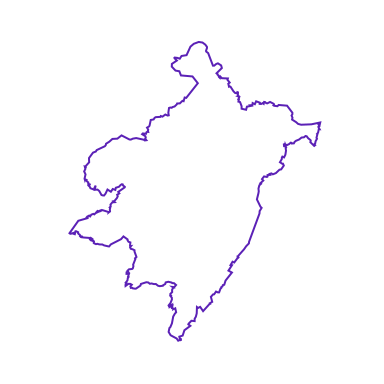 Teocuitatlán de Corona, Jalisco, Mexico, rotated 103°
{"feature_id": "50627088B4235190972494", "entity_name": "Teocuitatlán de Corona", "entity_type": "district", "adm_level": 2, "iso_a3": "MEX", "parent_name": "Mexico", "parent_adm1": "Jalisco", "projection": "natural_earth1", "projection_center": [-103.338, 20.111], "detail": "fine", "context": "isolated", "style": "outline", "palette": "violet", "viewbox_px": 384, "rotation_deg": 103, "n_neighbors": 0, "source": "geoboundaries", "source_scale": "gbopen_adm2", "svg_char_len": 6040}
<svg xmlns="http://www.w3.org/2000/svg" viewBox="0 0 384 384"><g transform="rotate(103 192 192)"><path d="M204.7,297.8L206.0,295.2L207.2,295.0L207.6,293.3L208.4,293.5L208.3,294.6L208.8,294.6L209.9,292.8L211.2,291.8L211.7,287.8L209.8,288.0L207.4,287.3L211.7,287.3L210.9,284.6L211.9,282.6L215.3,279.5L215.4,278.0L215.2,276.9L213.1,275.9L208.6,274.9L210.0,271.1L206.9,269.9L207.2,267.2L205.0,267.2L203.3,264.3L201.3,263.2L200.2,262.1L200.2,261.2L201.1,260.7L202.1,258.6L202.6,258.6L208.5,263.9L209.7,262.5L211.5,264.3L212.8,263.4L214.8,263.8L218.3,265.6L218.6,266.3L219.3,265.1L220.0,267.3L222.6,268.6L224.3,268.0L225.5,268.7L225.8,268.1L227.2,268.2L229.4,267.5L230.7,268.6L230.3,268.6L229.8,275.2L231.0,276.7L230.4,276.8L231.9,279.0L231.7,279.8L233.0,280.5L233.1,279.7L234.2,281.1L235.8,282.2L235.5,283.2L236.7,285.0L238.7,285.8L238.1,286.9L239.6,288.6L240.3,288.9L240.2,287.9L240.9,287.8L245.6,296.3L259.7,302.1L260.1,301.2L259.9,300.6L258.1,297.5L258.2,297.0L258.7,297.1L259.4,297.7L259.5,296.7L256.5,296.7L256.3,296.2L256.8,293.9L257.7,293.8L258.5,292.9L258.8,291.9L259.6,291.0L260.2,291.2L260.9,290.1L260.9,289.5L260.3,289.6L260.1,289.2L260.7,288.4L260.7,287.3L259.8,281.5L261.1,280.9L261.5,280.1L259.6,280.0L260.2,278.5L261.1,278.7L261.4,277.7L261.8,277.8L261.8,279.1L262.2,276.4L263.8,276.3L264.0,275.9L264.4,273.8L263.8,272.7L263.9,270.4L263.3,267.6L263.8,265.7L263.8,261.4L263.7,260.5L261.3,259.3L253.9,250.5L250.7,248.8L252.7,244.1L253.6,243.9L254.8,242.6L255.0,240.7L258.3,240.3L258.8,240.0L258.5,239.3L259.8,239.9L261.1,238.9L261.2,236.8L261.7,234.9L263.0,234.6L267.8,231.5L269.4,232.6L270.0,232.1L276.1,233.0L277.4,232.4L279.8,232.5L280.5,233.1L281.5,236.0L283.2,237.1L284.1,236.2L284.2,237.1L284.9,237.7L286.5,237.4L285.9,235.0L288.9,235.3L289.1,234.7L290.6,235.2L292.6,235.0L294.8,236.0L294.7,235.5L295.0,235.4L297.5,235.9L298.5,235.6L295.8,233.3L295.4,231.4L295.9,229.8L297.8,230.8L298.8,230.1L299.4,230.8L298.8,228.5L299.2,228.0L299.0,225.6L298.7,224.8L294.8,221.2L293.1,221.1L290.2,216.2L290.0,214.2L290.9,212.5L290.2,210.8L290.3,208.6L289.8,206.5L291.0,204.0L291.0,202.2L289.9,199.3L289.5,199.3L287.7,197.4L286.0,197.3L284.8,194.9L284.8,191.5L285.2,190.8L284.9,189.0L286.2,186.6L288.7,187.9L288.9,189.7L289.5,188.4L289.8,188.9L291.8,189.4L294.0,188.8L296.2,190.2L297.0,190.0L297.6,189.2L298.1,189.7L299.5,187.9L301.2,187.4L305.1,188.0L307.8,189.3L308.6,188.7L306.8,186.7L308.5,187.1L307.2,185.5L309.7,185.4L309.8,183.8L310.2,183.8L309.7,183.3L309.8,182.7L309.2,182.1L312.8,180.4L314.3,181.3L317.6,182.3L324.5,182.0L328.5,182.7L329.6,183.4L333.6,183.3L336.4,180.6L338.2,174.0L340.0,172.0L338.9,170.5L339.0,169.9L338.7,169.5L337.8,169.7L337.3,171.1L335.8,171.8L334.0,168.8L328.4,168.3L322.8,163.5L321.8,165.8L321.1,165.7L317.6,163.6L317.2,160.4L314.9,160.9L312.7,160.2L309.2,160.1L303.0,161.3L303.6,160.0L302.1,158.2L305.6,154.4L297.3,149.8L296.9,149.2L296.4,149.6L294.5,147.6L289.9,150.0L287.0,148.4L286.7,147.4L283.6,146.2L284.0,144.2L283.7,143.0L279.7,142.5L279.0,141.9L278.2,142.1L277.2,141.1L275.8,141.0L275.1,139.7L270.8,139.4L261.5,135.0L260.4,138.8L254.4,136.6L254.5,138.0L250.8,136.8L251.2,135.0L246.0,132.7L245.3,132.9L245.8,131.4L244.4,132.9L236.1,128.4L232.6,127.0L229.3,125.0L227.7,125.2L197.8,121.4L195.4,121.8L191.8,120.6L190.9,122.0L184.6,127.1L178.3,127.0L176.4,127.1L173.7,128.0L170.3,127.9L168.5,126.6L168.1,127.4L164.8,125.1L163.7,126.7L160.6,125.3L160.5,122.4L160.0,121.9L158.5,122.2L157.7,119.7L156.9,120.4L156.0,118.8L156.6,117.2L154.7,114.5L150.6,111.8L149.9,110.2L145.6,108.5L144.0,109.7L144.2,110.3L143.2,113.0L139.7,111.9L138.3,112.2L137.2,111.9L137.6,110.1L134.7,109.4L130.5,109.7L128.6,110.5L127.4,110.3L127.1,111.0L126.1,111.0L124.9,111.8L126.4,111.7L126.6,112.6L124.9,113.2L124.4,112.5L125.0,110.1L123.4,108.1L121.7,106.9L121.7,106.1L122.3,105.7L121.7,103.7L120.1,103.3L118.7,102.2L116.8,99.5L114.3,97.5L113.5,95.2L111.9,94.0L111.9,92.8L113.5,90.9L114.7,88.3L115.4,87.8L116.8,87.9L119.6,83.3L118.7,82.6L118.1,83.7L116.9,82.9L114.8,83.0L112.0,82.2L111.2,82.9L107.4,82.8L107.2,83.2L105.8,82.5L102.2,82.6L102.1,81.8L100.2,83.5L99.2,82.7L97.8,83.9L96.8,83.0L97.0,82.7L95.4,82.7L99.2,90.9L101.9,100.8L101.8,103.9L100.5,106.3L98.9,110.8L97.0,110.8L95.1,112.2L93.7,111.7L92.2,112.0L86.5,118.8L87.7,127.1L89.2,128.1L89.5,131.4L89.3,132.0L88.7,131.6L87.7,132.2L86.7,136.2L88.7,138.6L88.7,139.7L87.9,141.1L88.0,142.0L90.0,142.0L89.5,143.2L90.6,144.3L90.9,145.6L90.9,145.9L89.7,146.0L89.2,149.9L92.3,150.5L91.7,152.9L93.7,152.7L94.3,154.5L94.7,153.6L96.5,157.7L99.7,157.8L99.7,162.4L97.2,163.0L93.6,165.4L93.5,167.1L91.3,167.1L91.3,167.7L88.7,167.3L88.4,168.9L88.0,168.3L87.7,169.0L84.6,169.6L84.5,170.3L85.8,170.4L85.8,172.3L84.5,174.3L80.8,178.1L80.6,178.9L81.1,179.6L78.3,181.0L76.9,179.9L74.7,182.7L73.3,182.6L74.4,188.5L73.2,190.3L74.6,190.4L73.8,191.7L72.7,192.3L71.9,193.5L71.5,193.5L70.8,194.8L64.5,190.8L62.1,192.1L60.8,195.7L61.8,197.2L63.9,198.8L64.2,200.0L53.0,207.5L52.0,209.7L51.4,210.1L48.2,209.8L47.2,210.1L45.4,212.2L44.0,215.4L44.3,219.2L47.2,223.6L50.7,226.2L59.9,228.1L61.8,232.8L64.9,233.9L64.6,236.2L64.9,239.1L66.0,239.7L65.6,239.1L67.3,236.3L71.7,240.4L74.4,239.9L77.4,235.4L77.2,231.5L80.9,229.0L79.3,217.5L84.7,210.8L101.6,218.8L101.6,220.4L105.4,220.6L105.3,221.8L108.4,223.8L109.1,226.4L110.0,226.5L112.6,228.2L113.7,230.2L114.5,230.7L114.6,232.2L115.3,233.3L120.1,232.9L122.5,231.9L123.0,232.9L122.5,235.4L125.2,237.7L125.0,239.5L125.9,239.7L127.2,244.1L128.1,245.1L129.9,245.7L131.1,248.4L136.9,248.3L137.8,248.6L139.4,250.3L141.1,248.7L142.4,248.7L143.3,248.2L143.4,249.2L144.1,249.8L145.6,249.9L146.0,253.1L146.9,253.6L148.1,250.0L149.4,249.3L150.6,249.6L151.8,248.1L152.4,249.6L151.9,250.8L152.0,258.5L153.3,261.6L154.7,263.4L154.9,264.8L152.7,273.4L156.8,276.7L158.2,281.5L161.6,283.9L164.3,286.6L165.9,286.6L167.0,287.2L172.6,294.3L174.2,294.8L175.9,297.3L182.1,300.0L186.2,298.9L190.7,301.4L191.4,301.2L191.3,302.2L193.5,301.1L196.2,301.7L198.8,299.7L203.2,299.7L203.9,299.3L203.5,299.3L204.0,297.5L204.7,297.8Z" fill="none" stroke="#5b21b6" stroke-width="2"/></g></svg>